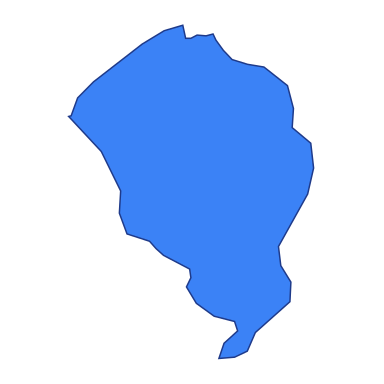 SVG path tracing the border of Glodeni, rotated 89°
{"feature_id": "MDA-1621", "entity_name": "Glodeni", "entity_type": "District", "adm_level": 1, "iso_a3": "MDA", "parent_name": "Moldova", "parent_adm1": "", "projection": "orthographic", "projection_center": [27.543, 47.723], "detail": "fine", "context": "isolated", "style": "filled", "palette": "blue", "viewbox_px": 384, "rotation_deg": 89, "n_neighbors": 0, "source": "natural_earth", "source_scale": "10m", "svg_char_len": 710}
<svg xmlns="http://www.w3.org/2000/svg" viewBox="0 0 384 384"><g transform="rotate(89 192 192)"><path d="M114.3,314.0L113.7,311.5L95.9,304.7L80.1,288.5L43.2,239.2L30.2,216.9L25.1,198.3L38.2,195.7L38.3,190.4L35.2,184.2L36.1,175.2L34.4,168.2L40.6,165.4L50.9,158.2L60.3,149.6L65.3,134.3L68.3,117.9L87.3,94.7L110.3,89.1L129.4,90.7L145.3,72.4L170.2,70.0L196.1,76.4L248.0,106.5L267.2,104.5L283.8,94.7L303.4,96.0L333.6,131.1L352.1,139.5L357.9,152.3L358.9,168.0L343.8,162.6L331.7,148.8L322.2,151.7L316.6,172.0L303.4,189.6L286.8,199.2L277.7,194.6L269.0,195.7L254.9,221.5L248.0,228.9L240.5,235.3L232.8,257.7L211.9,265.0L189.7,263.3L149.9,282.0L114.3,314.0Z" fill="#3b82f6" stroke="#1e3a8a" stroke-width="1.5"/></g></svg>